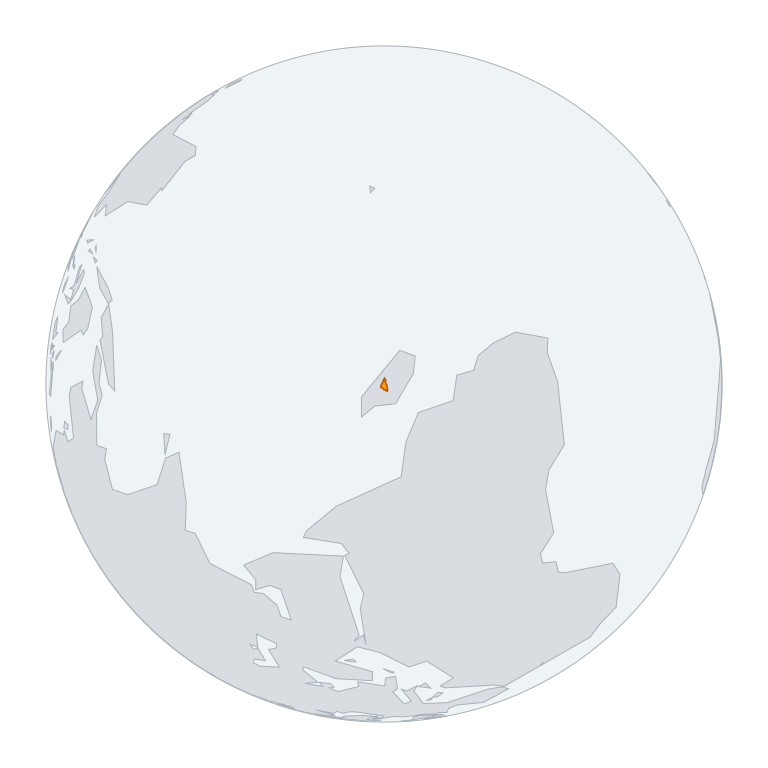 globe centered on Analamanga, rotated 201°
{"feature_id": "MDG-5862", "entity_name": "Analamanga", "entity_type": "Autonomous Province", "adm_level": 1, "iso_a3": "MDG", "parent_name": "Madagascar", "parent_adm1": "", "projection": "orthographic", "projection_center": [47.602, -18.658], "detail": "fine", "context": "on_globe", "style": "filled", "palette": "amber", "viewbox_px": 768, "rotation_deg": 201, "n_neighbors": 0, "source": "natural_earth", "source_scale": "10m", "svg_char_len": 7217}
<svg xmlns="http://www.w3.org/2000/svg" viewBox="0 0 768 768"><g transform="rotate(201 384 384)"><circle cx="384" cy="384" r="338" fill="#eef3f6" stroke="#a8b0b8"/><path d="M46.4,398.1L46.8,395.5L50.2,401.1L52.9,420.6L55.5,449.5L70.6,501.1L78.7,527.7L89.4,548.3L110.7,582.5L112.1,584.6L97.9,563.9L85.4,542.2L74.5,519.6L65.3,496.3L57.8,472.3L52.2,447.9L48.4,423.1L46.4,398.1ZM121.5,596.8L122.3,597.7L124.2,600.1L121.5,596.8ZM197.7,665.9L198.1,666.2L198.4,666.4L197.7,665.9ZM200.2,667.5L203.8,669.4L212.1,674.7L211.7,674.7L200.2,667.5ZM186.4,657.3L180.2,652.0L181.4,652.5L185.9,656.4L186.4,657.3ZM351.7,47.6L369.2,47.1L362.0,48.1L350.6,48.6L356.6,49.8L358.3,48.8L363.7,48.9L371.1,47.5L375.3,47.6L375.1,46.6L381.0,46.6L381.1,47.2L397.0,46.6L410.7,47.5L412.3,47.4L410.1,47.1L429.0,49.3L429.3,49.2L423.3,48.4L421.4,48.2L434.9,49.9L438.6,50.6L438.5,51.0L441.3,51.5L443.0,51.3L437.7,50.4L461.8,55.2L485.5,61.7L508.7,69.9L531.2,79.8L552.9,91.3L573.7,104.4L593.6,118.9L612.3,134.8L629.8,152.1L630.7,153.6L638.1,161.8L642.8,166.7L646.9,172.7L660.8,190.9L670.3,206.5L673.5,223.1L664.8,221.8L665.9,226.4L658.4,216.7L654.5,222.3L673.5,259.9L675.1,268.9L666.0,278.8L664.7,271.6L644.8,245.7L645.5,266.3L660.7,292.0L666.1,317.3L656.3,304.8L650.3,282.5L643.2,272.8L642.0,254.0L630.1,223.7L619.9,224.1L617.7,213.5L599.7,188.2L583.5,188.9L559.7,208.8L561.4,236.5L551.0,246.9L526.1,202.3L517.1,176.2L506.7,176.8L482.2,154.1L435.8,149.0L430.5,142.9L421.5,145.2L404.4,139.0L396.8,129.8L385.9,130.4L406.6,155.2L418.4,155.1L430.1,146.0L433.5,155.3L450.1,164.7L427.1,186.8L360.3,208.7L356.1,188.5L317.1,140.4L319.5,135.1L319.4,134.5L319.1,133.6L313.2,142.4L307.3,134.1L325.6,165.6L327.7,180.9L359.3,210.0L355.8,213.4L366.7,219.8L404.2,211.8L403.9,218.8L384.8,252.6L334.8,303.5L342.8,338.4L341.6,369.8L313.5,393.2L319.1,418.4L305.1,428.9L306.3,443.9L296.8,461.3L279.8,479.5L247.4,485.6L242.9,471.9L222.8,448.5L193.9,392.0L199.3,363.1L195.4,343.4L172.3,306.0L177.2,281.5L171.6,273.8L159.8,279.7L153.7,270.8L146.9,273.0L106.1,298.7L95.5,291.0L87.3,258.8L95.9,239.0L100.8,221.6L163.5,144.8L173.1,142.5L218.3,122.1L223.3,122.3L214.0,134.5L244.7,140.6L259.3,128.8L291.1,131.8L314.7,129.2L330.2,107.9L291.5,111.3L288.7,102.8L322.9,91.8L357.4,91.2L357.4,88.0L338.9,81.9L350.2,76.3L332.9,79.7L337.4,82.3L326.7,85.1L321.9,83.0L326.1,80.7L316.7,80.3L299.2,92.5L301.9,96.5L275.1,102.3L277.1,110.0L268.6,115.2L262.1,104.4L265.3,99.7L250.5,92.5L244.7,97.6L258.3,105.3L252.6,105.6L244.8,114.3L246.2,108.0L232.9,99.8L211.0,109.0L177.1,136.8L165.6,143.4L158.6,144.2L176.8,122.5L200.7,110.5L207.4,104.2L207.7,99.8L214.9,97.0L218.0,94.2L227.5,90.4L245.9,80.4L256.3,76.9L268.4,69.6L275.4,67.2L266.2,71.9L265.4,74.0L291.9,68.0L298.4,65.8L304.2,61.9L310.7,61.4L312.9,58.5L330.5,55.4L310.8,57.3L317.0,54.5L330.3,51.4L328.8,51.3L307.2,56.4L301.8,58.4L302.8,59.3L284.9,67.0L274.8,70.0L280.1,64.5L266.3,68.8L276.5,64.0L316.9,52.8L351.7,47.6ZM636.6,159.5L636.1,159.0L633.4,155.9L636.6,159.5ZM137.8,177.0L135.1,182.2L137.8,177.0ZM391.5,103.1L413.6,104.8L407.7,93.1L415.7,93.1L410.7,89.5L407.1,92.3L395.6,83.2L406.5,80.8L405.9,76.8L398.4,76.1L380.1,82.2L396.6,94.7L389.8,99.1L391.5,103.1ZM225.4,86.0L227.0,85.7L220.8,89.4L207.7,96.5L216.4,90.9L225.4,86.0ZM230.6,84.6L239.5,78.7L248.1,74.9L241.8,77.9L246.5,75.9L237.6,80.4L237.0,83.7L231.6,87.3L210.2,96.9L220.2,91.3L218.1,91.6L230.6,84.6ZM231.4,116.7L235.7,116.0L243.0,113.9L238.3,119.8L231.4,116.7ZM221.9,111.1L226.1,109.3L223.0,115.6L218.5,116.8L221.9,111.1ZM231.2,103.5L226.6,108.8L226.4,106.6L231.2,103.5ZM270.4,70.5L275.3,69.0L274.8,69.7L270.9,71.7L270.4,70.5ZM322.1,111.7L313.8,116.2L310.8,114.6L314.3,113.3L322.1,111.7ZM272.8,116.9L282.8,117.9L271.4,118.5L272.8,116.9ZM465.3,557.7L468.3,563.7L462.7,563.3L465.3,557.7ZM400.4,363.9L381.3,421.0L365.0,421.4L360.3,404.3L366.1,369.8L384.6,360.1L393.2,345.1L400.4,363.9ZM699.8,403.1L702.6,408.6L702.2,410.0L699.8,403.1ZM697.0,393.6L700.8,398.6L695.9,396.2L697.0,393.6ZM702.2,400.6L705.9,402.4L707.6,401.9L706.9,404.8L702.2,400.6ZM694.2,390.7L675.9,374.8L667.8,364.9L670.4,360.6L683.6,371.5L694.2,390.7ZM669.7,360.0L656.4,335.9L632.8,281.0L641.3,285.4L664.9,323.3L663.6,327.3L671.7,344.7L669.7,360.0ZM699.3,353.5L697.7,367.0L688.4,356.9L683.7,350.7L680.5,329.8L682.4,322.2L686.4,325.6L698.3,307.8L703.2,319.8L700.5,328.5L704.2,344.5L699.3,353.5ZM563.1,239.6L571.9,258.8L565.8,260.3L563.1,239.6ZM700.1,292.7L697.3,300.1L698.9,288.0L700.1,292.7ZM699.3,279.9L700.9,286.6L697.8,278.2L699.3,279.9ZM668.6,234.6L664.4,232.8L662.9,228.4L667.3,228.3L668.6,234.6ZM677.5,220.1L682.8,231.8L683.9,235.1L679.4,226.3L677.5,220.1ZM402.0,46.6L403.2,46.6L399.2,46.4L402.0,46.6ZM626.3,616.1L638.2,603.0L635.1,608.7L626.3,617.3L626.3,616.1ZM654.1,587.1L646.1,597.0L643.4,598.4L648.4,591.7L645.9,593.5L649.8,585.7L662.9,565.8L659.9,567.6L667.7,558.2L661.1,564.6L668.1,551.3L670.4,541.2L644.6,538.3L642.1,529.6L649.5,520.7L660.6,485.0L662.1,487.4L669.6,466.0L688.7,462.5L704.5,441.1L707.3,452.2L714.2,436.1L714.6,447.7L710.2,463.0L705.6,486.1L712.9,461.5L705.4,488.4L695.7,514.6L683.8,539.9L669.9,564.1L654.1,587.1ZM706.5,414.9L711.4,409.3L712.9,411.7L706.5,414.9ZM717.3,439.6L718.3,430.9L719.1,426.8L720.4,414.7L720.0,398.3L719.9,389.2L720.9,389.0L719.3,375.9L721.2,381.5L721.1,398.8L721.8,393.2L721.7,395.9L717.3,439.6ZM719.4,411.7L719.5,413.3L718.9,416.1L719.4,411.7ZM715.7,381.6L715.3,385.1L714.5,380.0L715.7,381.6ZM716.9,382.1L718.8,392.8L716.5,384.8L716.9,382.1ZM706.4,350.3L707.6,360.9L711.5,360.8L708.5,364.7L710.2,383.3L708.9,387.6L707.4,367.8L705.4,383.1L703.5,380.3L703.4,364.8L705.8,350.1L707.6,345.6L714.0,352.9L706.4,350.3ZM717.2,371.2L716.5,359.2L716.9,353.7L717.8,360.9L717.2,371.2ZM712.7,330.1L708.8,314.5L706.8,314.9L709.5,307.2L713.0,323.3L712.7,330.1ZM707.1,301.8L705.4,302.0L706.3,296.8L707.1,301.8ZM704.1,297.4L702.3,289.4L704.5,293.2L704.1,297.4ZM708.4,304.1L706.2,291.9L708.6,300.9L708.4,304.1ZM697.4,271.5L704.7,289.8L697.8,276.7L690.6,252.6L693.1,255.4L697.4,271.5Z" fill="#d9dde1" stroke="#a8b0b8" stroke-width="1"/><path d="M380.0,378.5L380.1,378.8L380.1,379.0L380.5,379.1L380.8,379.1L380.9,379.3L380.9,379.2L381.0,379.2L381.2,378.9L381.3,378.9L381.5,378.9L381.7,378.7L381.8,378.7L382.0,378.6L382.3,378.7L382.5,378.7L382.6,378.8L382.7,379.0L382.8,379.2L383.0,379.3L383.1,379.5L383.4,379.6L383.6,379.6L383.8,379.6L384.0,379.8L384.4,379.8L385.2,379.7L385.4,379.6L385.7,379.5L385.8,379.7L385.8,379.8L386.0,379.9L386.1,380.0L386.1,380.3L386.2,380.5L386.2,380.8L386.2,381.0L386.2,381.5L386.3,381.7L386.3,381.8L386.3,382.0L386.4,382.3L386.2,382.5L386.2,382.8L386.2,383.3L386.2,383.5L386.0,384.1L385.9,384.5L385.9,384.9L385.9,385.1L386.0,385.2L386.0,385.3L386.0,385.5L385.9,385.9L385.9,386.0L385.8,386.3L385.7,386.5L385.7,386.8L385.9,387.1L385.9,387.4L385.9,387.5L385.9,387.8L386.0,387.9L386.0,388.0L385.9,388.3L385.9,388.5L385.7,388.8L385.6,389.0L385.5,389.3L385.5,389.5L384.8,388.9L383.8,388.5L383.8,387.7L383.9,386.9L383.3,386.9L383.0,386.0L382.4,385.0L382.4,384.8L382.2,384.7L381.6,384.5L381.4,384.5L381.3,384.3L381.0,384.2L380.9,383.9L380.8,383.7L380.6,383.5L380.5,383.3L380.3,382.5L379.8,381.9L379.0,380.9L378.5,379.6L378.3,378.6L378.7,378.6L379.0,378.5L379.4,378.5L379.7,378.6L379.8,378.5L380.0,378.5Z" fill="#f59e0b" stroke="#b45309" stroke-width="1.5"/></g></svg>